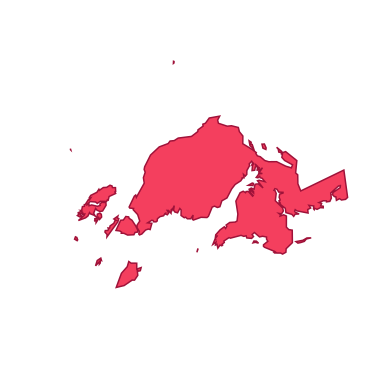 map outline of Papua Barat (orthographic projection), rotated 314°
{"feature_id": "IDN-1933", "entity_name": "Papua Barat", "entity_type": "Province", "adm_level": 1, "iso_a3": "IDN", "parent_name": "Indonesia", "parent_adm1": "", "projection": "orthographic", "projection_center": [132.375, -1.612], "detail": "fine", "context": "isolated", "style": "filled", "palette": "rose", "viewbox_px": 384, "rotation_deg": 314, "n_neighbors": 0, "source": "natural_earth", "source_scale": "10m", "svg_char_len": 6138}
<svg xmlns="http://www.w3.org/2000/svg" viewBox="0 0 384 384"><g transform="rotate(314 192 192)"><path d="M296.2,307.7L293.4,307.6L290.1,305.1L289.6,302.7L286.3,301.7L288.5,298.8L287.6,297.7L287.7,294.8L289.7,293.8L298.1,295.6L300.3,293.8L299.3,294.4L298.1,293.2L287.6,292.5L284.4,296.5L281.0,297.7L278.3,295.6L279.0,294.8L276.9,292.5L272.6,290.7L273.8,293.2L271.4,294.1L272.9,296.3L271.8,297.4L269.9,295.2L266.4,294.0L265.5,291.6L264.2,292.2L264.4,291.0L266.5,289.3L263.6,285.3L262.9,288.5L259.8,287.4L257.5,290.1L251.3,280.6L251.0,278.5L249.5,279.1L249.2,280.3L250.6,284.3L247.7,281.6L245.1,282.1L245.3,279.4L242.4,273.9L245.1,270.4L244.3,262.9L244.6,262.2L245.4,262.9L246.0,260.7L247.5,261.0L248.7,258.4L251.4,256.5L254.4,258.2L255.0,257.7L252.2,254.5L253.0,251.1L252.0,249.3L250.2,249.8L250.7,250.7L249.5,253.5L243.6,258.0L243.4,268.5L241.8,270.9L238.5,271.6L236.9,269.3L237.1,271.5L235.8,272.1L239.3,273.8L240.3,276.6L232.3,284.3L232.2,287.7L234.2,290.6L225.3,299.4L216.6,299.1L213.9,301.4L210.3,300.3L209.6,298.1L205.5,293.8L205.5,292.9L206.8,293.7L206.7,292.8L202.6,282.5L202.6,281.1L203.7,280.1L209.2,280.8L209.9,278.3L211.4,276.9L209.2,273.5L206.6,271.8L206.2,265.0L203.1,264.8L202.7,267.2L200.0,267.1L197.0,263.3L198.1,261.3L196.1,260.1L194.9,257.4L185.5,251.7L184.9,250.3L178.9,249.0L178.1,250.3L175.3,249.9L175.1,250.9L174.0,250.8L173.2,249.0L169.6,249.6L171.7,246.3L170.2,245.7L172.6,244.1L168.8,243.4L173.5,241.5L174.2,242.1L174.5,241.1L178.6,240.6L175.5,240.4L177.7,238.8L184.3,238.5L189.4,239.4L189.1,241.5L191.5,240.9L191.9,239.5L196.3,240.3L200.4,244.0L202.5,244.5L208.0,240.3L215.9,229.9L224.9,227.1L228.1,228.3L228.7,231.0L229.9,230.6L231.5,232.0L231.1,238.5L232.0,238.5L232.1,234.8L233.9,230.6L234.1,237.0L235.1,235.9L235.1,231.7L236.0,231.8L237.1,234.7L241.0,232.2L242.2,232.5L243.9,234.1L244.3,240.3L245.6,231.3L247.1,232.1L250.1,237.3L250.6,233.0L249.6,231.1L250.3,229.8L248.0,229.6L247.1,228.1L251.6,227.5L254.2,229.8L252.3,226.9L258.4,225.9L253.7,225.4L256.6,223.2L252.4,223.9L256.0,221.7L256.0,217.8L255.1,220.9L253.9,220.2L251.2,222.0L249.1,220.3L253.0,217.2L256.0,216.3L253.6,216.0L255.1,215.4L255.6,213.6L252.0,213.6L250.9,215.1L245.5,216.6L242.7,219.2L240.4,219.3L240.4,216.9L238.4,219.6L236.5,217.8L236.9,218.8L233.9,219.3L227.4,217.8L221.8,218.4L212.0,221.3L206.4,219.6L200.8,222.3L198.5,221.0L197.5,218.1L195.2,217.0L185.9,220.7L184.0,220.5L180.1,216.1L172.8,212.5L172.6,211.5L176.2,208.8L171.9,209.7L169.5,207.3L169.5,205.0L168.1,204.3L167.5,200.4L171.5,196.7L171.7,194.7L167.0,196.1L165.7,193.6L166.1,191.4L169.9,188.7L165.4,190.2L165.8,189.5L165.0,189.3L162.1,191.7L162.4,187.9L161.5,186.9L160.7,189.8L158.5,190.1L157.8,188.5L158.5,187.8L157.7,187.5L155.2,188.1L152.0,186.1L148.8,185.7L146.9,187.1L145.6,186.9L143.9,185.1L144.5,183.8L143.7,182.7L139.0,181.5L141.6,184.9L135.9,188.0L135.0,186.3L132.4,185.0L127.0,185.1L124.7,184.1L124.8,182.9L127.1,181.4L128.2,177.2L130.1,175.5L134.8,174.6L138.0,168.6L138.4,162.0L139.6,161.4L137.2,158.4L137.5,157.2L148.9,153.4L150.7,153.6L149.5,155.7L165.2,151.5L168.5,147.1L173.7,144.6L175.0,141.9L177.3,140.4L189.8,136.5L201.7,137.1L210.3,141.2L213.4,140.8L216.6,143.5L221.2,144.6L231.6,153.0L239.5,154.2L240.9,153.1L247.1,154.2L248.3,152.7L250.8,153.9L257.2,153.0L265.8,159.2L261.5,160.5L259.8,163.3L263.8,171.6L267.1,174.4L270.6,180.5L268.3,184.2L267.6,189.7L262.0,195.0L264.5,206.3L265.0,210.9L264.1,211.1L263.4,213.9L264.8,216.6L265.2,222.5L267.1,226.2L272.6,231.8L275.7,241.5L278.4,246.7L281.4,245.5L279.0,236.7L279.3,232.6L282.4,230.5L281.5,229.9L282.1,229.2L286.1,231.3L287.4,245.6L277.7,253.3L277.8,256.1L271.5,262.4L268.3,269.5L313.3,286.0L296.2,307.7ZM139.9,131.7L142.0,133.9L139.3,136.8L138.4,136.5L137.9,138.1L131.2,135.5L127.9,137.4L127.5,136.6L125.9,137.1L121.6,132.5L118.0,131.8L117.8,129.6L114.4,125.4L110.5,125.1L109.9,125.4L111.7,126.3L110.6,127.5L113.0,128.8L116.0,133.9L118.6,135.3L119.3,134.1L121.9,134.3L124.6,137.4L122.8,139.4L116.2,140.9L114.0,139.3L112.9,136.2L113.2,134.1L108.4,136.0L107.1,140.4L107.5,138.3L105.7,134.1L106.0,132.6L102.4,133.8L99.5,133.4L92.6,130.1L100.5,130.7L101.7,130.1L100.0,129.0L101.1,128.2L100.9,126.9L99.9,128.2L99.4,127.2L97.9,127.5L98.2,129.6L96.1,128.6L95.4,125.9L97.0,126.0L97.9,124.8L98.8,126.9L98.8,124.8L101.8,126.0L101.5,124.8L102.1,125.4L105.4,123.3L106.9,124.5L108.1,123.3L108.8,123.9L114.4,122.8L114.7,123.6L116.6,123.5L117.4,123.3L115.9,122.7L116.4,122.1L119.2,121.5L125.7,123.8L129.3,123.1L128.8,124.2L133.6,125.1L136.1,127.4L139.9,128.3L140.8,130.2L139.9,131.7ZM102.4,201.7L98.2,205.8L102.3,207.9L99.5,209.5L98.0,208.6L97.9,206.7L94.4,210.9L88.7,211.9L87.0,210.1L77.6,208.2L70.7,203.8L84.5,197.7L93.3,197.3L98.1,194.8L98.5,197.6L102.4,201.7ZM129.4,165.1L130.0,168.5L128.5,175.0L126.8,179.7L125.2,180.6L123.4,179.1L120.9,179.9L116.3,175.6L115.0,171.7L113.2,169.8L114.2,169.2L113.8,167.1L111.5,164.0L122.1,160.3L124.2,162.1L128.4,161.4L130.1,163.7L129.4,165.1ZM123.2,155.4L121.4,156.3L122.0,157.8L119.0,159.4L100.6,162.0L102.4,160.5L102.7,157.2L104.0,156.4L105.8,158.1L107.2,157.9L107.8,156.6L108.8,157.8L110.7,156.6L115.2,157.5L118.1,156.4L118.9,157.2L118.3,154.5L123.2,155.4ZM112.8,140.4L113.0,142.2L111.2,144.4L108.1,144.6L109.2,141.7L107.1,143.5L103.3,144.3L104.8,142.8L103.0,141.7L103.9,142.2L105.2,140.7L106.5,141.9L110.4,139.3L112.8,140.4ZM238.8,306.6L241.8,309.6L237.7,306.9L234.5,307.1L231.3,305.4L228.8,303.7L228.5,301.2L234.3,305.3L238.8,306.6ZM81.1,172.3L79.9,174.4L79.6,173.4L77.0,175.4L75.7,175.5L77.6,173.8L71.9,173.9L76.9,171.4L81.1,172.3ZM275.0,209.1L276.8,210.7L275.2,214.7L273.9,215.6L272.8,212.6L275.0,209.1ZM268.5,197.5L268.9,200.0L267.3,201.3L268.0,202.3L265.9,206.4L265.6,201.5L268.5,197.5ZM240.3,229.1L240.9,230.3L239.0,231.4L235.9,227.8L240.3,229.1ZM283.0,221.8L283.5,228.4L282.2,228.7L281.0,226.7L282.7,224.3L283.0,221.8ZM78.8,139.3L79.3,140.7L78.2,143.0L77.2,143.2L76.5,140.3L78.8,139.3ZM201.4,272.5L201.4,275.4L199.8,272.5L197.8,271.2L199.8,270.6L201.4,272.5ZM152.0,237.4L154.9,235.8L155.6,235.7L152.0,237.4ZM271.6,89.3L273.2,87.9L273.4,88.4L272.3,89.4L271.6,89.3ZM138.0,75.3L138.7,74.4L138.0,75.6L138.0,75.3Z" fill="#f43f5e" stroke="#9f1239" stroke-width="1.5"/></g></svg>